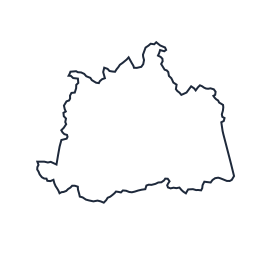 the district of Socorro, São Paulo, Brazil, rotated 257°
{"feature_id": "56859067B26049884492789", "entity_name": "Socorro", "entity_type": "district", "adm_level": 2, "iso_a3": "BRA", "parent_name": "Brazil", "parent_adm1": "São Paulo", "projection": "robinson", "projection_center": [-46.516, -22.599], "detail": "fine", "context": "isolated", "style": "outline", "palette": "slate", "viewbox_px": 256, "rotation_deg": 257, "n_neighbors": 0, "source": "geoboundaries", "source_scale": "gbopen_adm2", "svg_char_len": 2695}
<svg xmlns="http://www.w3.org/2000/svg" viewBox="0 0 256 256"><g transform="rotate(257 128 128)"><path d="M164.2,70.6L160.5,70.6L158.1,71.1L157.3,68.5L153.9,68.1L151.2,69.7L147.9,68.2L145.6,68.6L142.6,65.4L140.8,62.5L138.5,63.2L136.3,64.6L135.0,67.0L133.0,67.1L131.4,65.8L131.3,60.4L125.3,57.2L117.4,53.8L108.5,50.1L112.4,45.1L112.4,42.2L114.0,38.9L115.6,32.1L112.2,32.5L110.3,30.9L108.0,30.2L105.7,31.0L102.6,31.5L99.4,33.0L97.6,35.0L97.0,37.2L94.7,37.5L93.7,40.4L94.3,43.7L90.7,43.8L87.6,44.4L85.2,45.3L82.7,46.1L79.8,46.6L80.4,48.7L80.2,50.9L80.6,53.7L82.0,55.9L82.9,58.5L84.3,60.6L83.7,63.2L82.1,65.9L79.3,65.4L75.2,65.6L72.0,65.6L70.6,68.2L67.7,70.9L66.2,73.7L64.3,77.8L64.1,82.0L62.7,84.8L60.7,87.6L62.6,90.5L64.6,92.5L65.1,95.3L66.3,97.9L67.5,100.2L68.8,102.0L67.9,104.3L66.8,106.6L68.3,109.0L67.3,112.0L65.4,114.8L64.5,117.3L64.5,120.2L64.8,123.9L64.8,127.5L64.5,131.1L67.8,133.0L68.1,135.4L67.3,138.1L67.4,142.2L68.1,145.2L67.6,148.3L68.8,151.3L70.3,152.9L69.6,155.3L66.7,156.5L65.1,154.8L63.4,153.3L61.1,153.6L59.6,155.9L59.6,158.9L58.5,161.6L58.4,164.7L55.5,166.2L53.5,167.6L51.3,169.7L53.2,171.4L54.6,172.8L54.2,175.2L53.8,177.5L52.2,180.4L51.8,182.5L50.8,185.2L52.7,186.8L55.5,187.8L58.5,190.3L57.5,193.0L56.3,196.3L58.3,198.6L59.5,201.6L59.3,204.7L58.2,206.7L56.4,209.3L54.2,212.4L53.5,215.2L54.1,217.4L57.3,220.5L70.0,220.3L74.3,220.2L93.3,219.7L100.4,219.5L103.8,219.5L112.6,220.2L113.3,222.9L116.0,224.3L117.7,222.4L120.2,222.5L123.6,224.4L126.7,225.5L129.1,225.8L130.8,224.1L132.3,222.5L134.5,222.0L136.1,220.4L137.9,219.3L140.1,218.4L140.7,220.4L143.6,221.5L146.4,220.3L148.1,217.3L148.2,214.9L148.9,212.9L150.2,211.2L152.0,209.6L153.4,207.7L151.9,205.3L149.4,202.4L151.8,201.3L154.4,198.9L149.4,193.0L148.7,189.7L148.3,187.4L150.9,186.1L152.9,184.4L155.1,183.4L159.3,185.1L162.1,182.4L164.7,181.9L166.8,181.4L169.5,179.6L173.5,179.8L175.4,178.7L176.6,176.8L182.9,174.7L185.3,176.8L187.8,177.1L189.9,175.8L191.8,173.5L193.8,175.1L196.7,176.8L194.6,180.6L195.5,182.7L198.1,182.2L201.2,177.9L205.2,174.8L203.7,172.4L205.0,169.0L203.7,166.6L202.4,163.2L196.1,159.1L194.0,158.8L190.6,158.9L186.8,157.2L184.6,154.7L184.6,150.2L185.3,147.4L187.6,147.2L190.3,146.3L196.7,144.5L195.0,142.1L192.7,137.5L191.4,134.3L189.5,132.3L187.8,130.1L185.7,128.0L186.6,125.4L187.7,122.8L190.2,121.4L192.1,118.4L188.1,116.4L181.7,116.7L181.4,113.8L179.9,111.0L178.3,109.7L179.3,107.1L182.8,103.5L185.3,102.6L187.8,99.0L190.6,97.5L192.7,94.8L193.6,91.7L195.0,90.2L195.8,84.6L193.8,83.2L192.3,81.9L191.7,84.0L189.0,85.8L187.4,90.3L183.1,89.7L181.7,87.3L178.4,86.4L174.5,84.1L174.9,80.8L172.6,78.8L169.7,78.2L168.1,76.8L167.8,74.1L164.2,70.6Z" fill="none" stroke="#1e293b" stroke-width="2"/></g></svg>